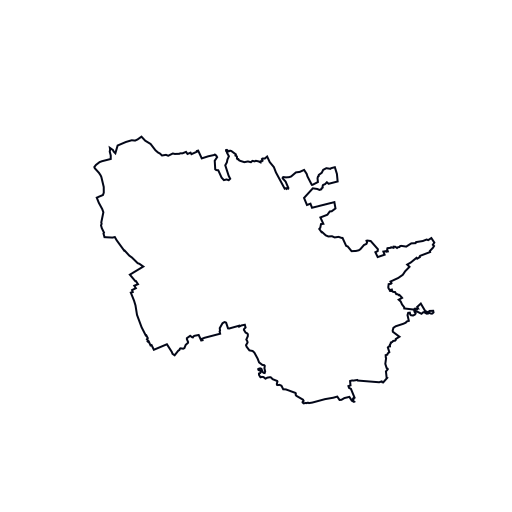 outline of Kota Malang, Jawa Timur, Indonesia, rotated 136°
{"feature_id": "22746128B9724218643478", "entity_name": "Kota Malang", "entity_type": "district", "adm_level": 2, "iso_a3": "IDN", "parent_name": "Indonesia", "parent_adm1": "Jawa Timur", "projection": "natural_earth1", "projection_center": [112.627, -7.981], "detail": "fine", "context": "isolated", "style": "outline", "palette": "ink", "viewbox_px": 512, "rotation_deg": 136, "n_neighbors": 0, "source": "geoboundaries", "source_scale": "gbopen_adm2", "svg_char_len": 6103}
<svg xmlns="http://www.w3.org/2000/svg" viewBox="0 0 512 512"><g transform="rotate(136 256 256)"><path d="M273.5,100.7L273.7,100.2L272.6,98.8L269.2,96.4L269.3,95.7L255.1,79.6L252.7,78.5L252.9,77.5L252.4,76.7L246.4,77.2L246.6,77.7L242.7,82.7L239.9,83.0L239.6,83.5L239.9,84.6L237.9,88.6L233.3,92.2L233.1,92.9L231.6,94.6L230.1,93.8L228.9,94.4L226.9,94.2L224.7,98.6L223.4,98.7L222.4,97.9L221.3,99.2L219.7,99.5L219.1,100.1L217.7,99.5L216.3,99.6L214.8,98.5L213.6,98.6L213.1,99.2L208.9,98.3L210.2,106.4L209.4,107.5L207.0,108.9L204.3,108.4L197.1,104.9L194.6,104.0L193.2,104.2L191.1,103.2L188.1,108.2L186.0,109.4L184.7,108.4L185.7,106.8L185.7,105.8L184.4,104.1L182.5,103.5L181.2,103.7L180.8,104.1L180.8,105.5L180.3,106.5L179.5,106.4L177.1,99.5L174.6,99.3L174.1,98.8L173.3,96.0L172.3,95.1L171.0,94.9L170.0,92.8L169.1,92.1L167.5,92.1L166.6,93.5L169.3,95.9L171.0,96.0L171.6,96.6L172.5,99.0L170.5,107.3L175.4,107.4L175.9,105.6L176.5,106.2L177.0,105.9L178.1,107.7L179.3,107.7L180.4,108.7L185.8,115.3L185.0,116.2L184.6,119.7L183.5,122.8L183.7,125.4L180.0,124.4L179.9,125.4L179.9,128.4L180.5,128.6L180.7,130.2L181.6,131.1L181.0,133.4L182.3,135.0L182.4,136.1L183.0,136.8L182.1,136.7L181.6,137.5L183.5,138.6L183.1,140.7L182.5,141.7L180.1,143.6L178.3,142.3L177.4,142.3L177.0,144.2L169.0,141.4L163.5,140.5L159.3,141.4L153.1,141.6L153.2,144.8L149.2,143.8L141.8,143.2L141.9,142.1L138.9,141.4L138.5,142.0L137.8,142.1L128.0,137.9L127.5,138.8L123.0,139.0L121.0,139.5L121.0,141.2L118.4,141.8L117.4,147.1L121.1,147.8L121.8,149.3L125.6,150.9L131.2,154.8L132.3,154.4L135.5,157.2L141.4,158.4L144.4,162.3L145.4,163.0L146.6,162.8L147.8,163.7L149.0,163.8L149.4,165.9L150.5,167.1L151.4,166.4L152.7,168.4L153.4,168.3L156.0,170.3L157.0,169.7L158.0,167.7L159.2,168.5L158.9,169.1L161.3,170.7L162.6,167.6L169.2,170.7L167.5,175.8L165.1,175.0L163.6,176.2L163.1,187.1L165.2,189.8L165.9,190.2L166.7,188.6L168.2,188.0L170.7,188.9L176.2,188.4L178.1,188.7L180.6,190.2L183.9,193.1L183.4,199.1L184.1,200.7L181.2,208.9L181.9,209.6L183.3,212.4L186.5,214.7L187.6,217.4L190.4,219.8L191.5,222.4L191.8,227.3L192.3,227.5L191.7,231.5L190.1,231.7L187.1,233.8L185.2,232.4L182.9,239.0L176.0,236.1L172.0,236.8L170.5,235.6L165.8,235.0L162.2,240.3L182.2,251.8L180.5,255.8L183.9,257.3L181.1,264.4L168.1,265.2L165.4,261.7L164.4,259.4L162.7,258.6L162.0,259.1L160.5,258.9L159.6,260.0L158.4,260.5L156.3,259.7L153.8,259.8L153.6,257.5L145.5,252.9L140.8,258.8L137.6,265.1L141.0,267.0L141.9,267.0L144.4,270.3L147.8,271.3L150.9,270.2L154.5,270.7L155.5,269.9L156.2,270.1L157.7,269.2L160.1,266.2L165.8,267.9L166.4,268.3L166.3,268.9L163.7,277.5L162.5,279.9L161.6,284.5L166.1,286.1L169.2,288.4L175.5,288.8L177.4,289.7L179.8,291.7L181.5,293.8L182.2,293.9L182.9,293.3L183.0,289.0L185.5,282.4L186.0,282.1L186.5,282.9L187.4,283.0L187.3,284.0L188.6,284.5L183.6,302.3L181.4,307.5L180.9,314.0L178.9,319.8L182.0,320.0L183.6,321.6L184.4,321.6L185.1,320.0L186.0,320.1L186.8,320.9L187.7,320.2L188.5,322.4L190.0,324.6L191.2,325.0L192.5,326.9L194.5,327.0L196.1,329.6L199.2,331.6L201.2,335.3L201.7,336.6L201.4,338.0L202.1,338.5L201.9,339.5L200.8,340.5L200.6,341.3L201.0,342.5L199.9,343.1L200.8,348.6L201.5,349.8L203.0,350.2L203.2,352.5L203.8,353.0L204.5,352.5L204.5,351.2L205.1,350.6L206.2,346.6L209.6,345.2L211.9,343.6L215.1,342.6L219.9,332.8L220.9,329.5L223.0,329.5L224.0,331.5L226.4,332.9L226.3,336.3L223.6,343.9L224.9,345.4L225.1,346.7L219.5,353.2L215.3,354.1L214.9,356.4L215.3,358.4L215.1,357.2L221.1,360.9L227.2,363.9L224.4,372.0L225.4,372.5L225.6,371.9L231.7,374.1L231.3,375.8L234.4,377.0L234.0,379.5L237.5,380.9L239.2,382.5L240.2,382.8L243.6,385.9L244.6,387.5L249.5,389.1L250.5,391.3L253.8,393.6L253.9,396.4L254.6,398.5L254.9,401.9L254.0,409.8L255.6,415.9L255.5,421.4L260.2,422.1L262.8,423.0L265.0,425.6L270.4,428.4L278.8,431.6L285.8,427.6L285.8,430.0L285.3,431.6L286.0,435.3L286.9,434.0L288.7,432.7L290.6,429.3L293.1,426.7L301.0,431.2L303.3,432.2L307.9,432.7L310.5,432.3L311.0,431.1L311.2,424.9L311.8,421.8L312.4,420.2L317.6,411.4L321.5,407.3L323.7,406.2L330.0,408.6L332.1,403.5L334.0,396.6L335.4,393.5L344.0,387.6L344.7,386.4L346.2,385.7L347.6,383.1L349.1,378.4L350.1,378.1L351.9,374.8L346.4,368.9L344.4,367.7L345.3,364.1L347.1,351.3L346.7,351.2L346.9,344.3L346.3,341.1L346.1,333.0L345.3,331.4L344.4,326.7L359.7,330.2L360.3,321.7L359.8,321.3L360.5,317.7L364.2,319.2L364.8,316.3L368.8,317.6L369.7,315.7L371.5,316.6L374.8,308.5L377.0,304.2L382.5,296.3L387.8,284.2L390.5,275.4L390.0,275.2L390.9,272.1L392.3,271.9L392.4,270.2L393.3,269.9L393.2,268.9L392.6,268.8L394.0,264.9L393.0,264.5L394.6,259.5L381.4,254.4L383.2,245.5L384.0,243.6L383.5,241.1L377.7,241.9L376.5,241.6L375.0,242.2L374.4,242.0L372.8,239.9L371.5,239.5L368.3,240.9L365.2,240.8L364.6,241.3L363.5,244.2L362.8,244.9L358.8,244.3L358.4,242.0L358.0,241.3L356.6,241.6L355.5,241.2L352.1,239.0L354.1,233.3L353.0,232.6L352.4,234.0L349.8,232.9L335.8,225.0L334.5,227.1L333.7,227.3L332.2,229.3L326.8,230.9L325.4,230.6L324.4,230.2L323.8,228.8L326.4,223.4L325.7,222.5L316.6,217.6L317.1,216.9L314.6,216.1L311.8,214.3L313.2,211.8L315.1,211.8L316.0,211.3L316.7,208.1L316.1,206.5L316.2,205.4L317.6,204.0L321.0,202.6L321.5,200.6L322.2,199.6L325.1,198.8L325.8,197.2L326.3,192.7L324.4,190.0L324.3,187.6L326.1,181.1L327.7,177.3L327.1,173.3L325.9,171.7L326.0,170.9L328.0,169.3L329.6,166.6L331.1,165.8L331.7,166.7L331.8,167.9L330.5,171.1L330.9,172.1L331.8,172.8L333.0,173.1L333.4,172.1L332.6,170.7L333.0,169.2L334.2,168.9L335.5,169.4L336.4,168.4L337.0,165.9L336.9,165.5L335.7,165.0L334.7,163.7L334.4,161.2L332.3,160.6L330.0,159.0L329.6,158.2L329.6,155.8L327.6,151.4L327.7,150.9L329.9,149.5L330.4,148.8L330.0,148.0L328.6,147.0L327.8,145.0L329.0,141.2L327.2,139.3L322.7,130.0L322.9,129.4L323.9,128.6L324.1,127.4L322.0,120.0L322.4,118.7L323.7,118.7L324.2,118.3L324.1,116.9L322.1,115.6L321.8,115.0L320.5,114.4L320.1,113.4L317.4,111.5L305.8,105.1L298.9,100.4L295.2,98.4L295.9,94.4L294.4,93.2L291.1,92.4L286.7,89.8L287.6,85.4L286.9,83.1L286.6,83.0L286.8,85.3L285.9,85.1L285.5,85.8L284.7,85.5L284.3,86.1L283.5,85.7L280.0,94.5L280.7,96.5L279.9,98.2L277.9,97.3L275.2,100.7L273.8,100.0L273.5,100.7Z" fill="none" stroke="#020617" stroke-width="2"/></g></svg>